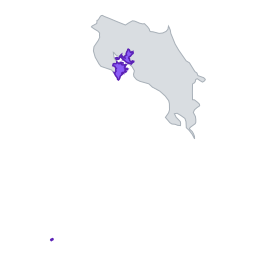 Puntarenas, Puntarenas, Costa Rica shown in context
{"feature_id": "36466004B9758970649099", "entity_name": "Puntarenas", "entity_type": "district", "adm_level": 2, "iso_a3": "CRI", "parent_name": "Costa Rica", "parent_adm1": "Puntarenas", "projection": "natural_earth1", "projection_center": [-85.046, 7.918], "detail": "medium", "context": "in_parent", "style": "filled", "palette": "violet", "viewbox_px": 256, "rotation_deg": 0, "n_neighbors": 0, "source": "geoboundaries", "source_scale": "gbopen_adm2", "svg_char_len": 3339}
<svg xmlns="http://www.w3.org/2000/svg" viewBox="0 0 256 256"><path d="M205.3,79.3L205.1,80.0L204.5,80.8L203.6,81.5L202.5,82.1L199.8,80.5L197.2,78.7L195.7,79.5L195.2,81.8L194.2,83.0L193.0,83.5L192.5,84.3L192.4,92.2L192.5,99.7L194.5,99.9L197.8,102.5L199.3,104.0L199.7,105.4L199.3,106.1L196.9,107.7L194.5,109.8L193.3,112.4L195.4,116.5L195.8,119.4L195.8,122.3L195.2,123.7L190.6,127.1L189.5,128.3L189.7,129.2L192.2,131.5L193.5,133.8L194.5,136.5L194.6,138.9L192.3,134.5L189.1,130.3L186.3,127.7L186.0,121.7L184.9,118.4L180.7,115.4L177.1,113.3L174.4,113.7L176.1,117.2L180.3,121.6L180.6,123.3L180.5,125.6L177.6,125.3L175.1,124.3L171.9,124.0L169.9,122.7L165.4,117.4L168.6,112.8L169.5,109.9L169.4,103.7L168.7,100.7L165.3,96.1L159.9,91.2L152.3,87.1L148.8,83.8L139.9,81.3L136.5,79.6L133.9,76.5L133.5,74.3L134.4,70.8L132.0,66.5L121.4,57.9L115.5,54.8L114.3,52.9L113.3,52.3L114.2,58.2L116.8,61.8L123.6,65.1L125.4,67.1L126.2,69.6L122.3,74.4L120.3,75.6L119.7,78.3L118.4,79.1L117.1,77.5L111.6,70.0L101.0,66.4L99.1,64.1L95.2,57.2L93.4,50.9L94.0,46.7L98.4,40.2L99.7,37.3L99.5,35.6L99.6,33.0L98.0,31.2L94.0,28.8L91.4,26.9L92.1,26.0L96.7,23.5L97.0,21.2L97.0,20.4L97.7,20.2L98.4,19.6L98.8,19.0L100.1,16.8L101.2,15.6L102.4,15.4L104.0,16.3L109.8,18.6L116.2,21.3L125.4,25.0L129.2,22.6L132.5,20.8L134.7,21.1L139.7,23.2L142.6,23.9L144.5,23.7L147.6,26.8L149.3,29.2L149.6,30.7L150.6,31.6L153.0,31.8L159.1,33.4L162.7,33.0L166.1,31.4L167.9,29.3L168.5,26.1L169.3,27.7L170.3,30.2L170.8,33.4L175.1,44.0L178.6,50.0L186.1,60.8L189.4,62.8L194.9,71.6L196.9,73.0L197.9,75.6L203.7,77.7L205.3,79.3Z" fill="#d9dde1" stroke="#a8b0b8" stroke-width="1"/><path d="M119.0,63.8L116.8,61.8L116.6,63.3L116.0,63.7L113.9,63.6L113.2,64.0L112.8,65.7L114.9,66.4L115.6,68.0L116.3,68.3L115.8,69.0L115.7,70.4L116.1,71.1L115.6,71.4L114.9,73.3L114.4,73.0L115.6,75.6L117.3,77.7L117.6,79.4L118.5,80.0L119.4,78.9L120.3,76.1L122.4,74.2L121.8,73.6L121.8,73.0L122.5,72.5L123.8,73.3L123.9,72.3L124.7,71.9L124.9,70.8L127.0,69.2L125.2,69.3L124.7,68.9L125.5,68.3L124.4,67.3L124.7,66.5L125.2,66.3L125.0,65.4L123.7,64.8L122.1,64.9L120.6,63.4L119.5,63.3L119.0,63.8ZM129.3,49.8L128.2,49.1L127.8,49.4L127.6,50.8L127.0,51.3L126.1,53.8L126.6,55.0L125.5,55.4L124.6,56.3L125.0,58.0L123.0,56.9L121.3,54.9L121.4,54.5L120.9,54.9L121.3,56.2L120.0,55.9L119.6,57.0L121.4,57.3L122.2,58.5L123.6,59.2L123.7,59.7L123.3,59.9L124.1,60.1L126.3,62.2L129.1,63.2L127.4,63.5L130.0,63.3L131.1,63.7L131.2,64.1L132.8,62.4L133.6,62.1L133.8,61.3L132.4,60.9L132.4,61.6L132.0,61.5L131.3,62.1L129.7,60.6L129.4,58.5L128.8,58.5L128.7,57.8L129.2,56.7L130.3,56.3L131.8,54.4L133.0,53.5L133.2,52.9L132.9,51.6L132.4,52.1L131.8,51.8L131.5,52.6L130.4,52.3L129.3,49.8ZM118.8,58.2L116.8,57.5L115.5,58.0L116.2,59.3L117.1,59.6L118.9,59.1L119.1,58.7L118.2,58.7L118.8,58.2ZM52.5,238.6L50.9,239.4L50.7,239.9L51.3,240.6L53.0,239.6L52.9,238.8L52.5,238.6ZM119.4,62.9L120.5,63.3L120.9,63.2L120.3,62.8L119.4,62.9ZM125.9,64.4L125.3,64.4L125.6,64.5L125.0,64.7L125.1,65.0L125.9,65.2L125.9,64.4ZM121.9,62.6L122.7,63.2L123.7,63.2L122.7,62.7L121.9,62.6ZM121.6,62.4L120.5,62.2L121.7,62.6L121.6,62.4ZM126.9,68.4L126.3,68.4L126.0,68.9L126.7,68.8L126.9,68.4ZM125.9,71.4L125.9,71.9L126.3,71.6L126.2,71.5L125.9,71.4ZM127.4,69.4L127.0,69.5L126.9,69.7L127.1,69.8L127.4,69.4ZM128.0,69.4L127.7,69.5L128.3,69.5L128.0,69.4Z" fill="#8b5cf6" stroke="#5b21b6" stroke-width="1.5"/></svg>